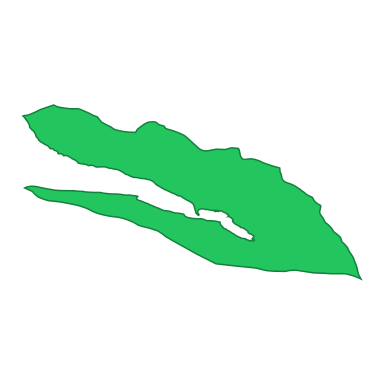 Tálknafjarðarhreppur, Vestfirðir, Iceland (Robinson projection)
{"feature_id": "244011B74336956547693", "entity_name": "Tálknafjarðarhreppur", "entity_type": "district", "adm_level": 2, "iso_a3": "ISL", "parent_name": "Iceland", "parent_adm1": "Vestfirðir", "projection": "robinson", "projection_center": [-23.889, 65.645], "detail": "fine", "context": "isolated", "style": "filled", "palette": "green", "viewbox_px": 384, "rotation_deg": 0, "n_neighbors": 0, "source": "geoboundaries", "source_scale": "gbopen_adm2", "svg_char_len": 5979}
<svg xmlns="http://www.w3.org/2000/svg" viewBox="0 0 384 384"><path d="M24.7,188.0L32.1,191.3L32.6,191.7L34.0,193.4L35.7,195.0L37.7,196.6L38.7,197.2L41.5,198.4L44.3,199.4L47.9,200.5L49.7,200.8L57.2,201.6L61.9,202.2L76.2,205.0L80.1,206.1L85.0,207.7L88.3,209.1L92.9,211.5L94.8,212.3L98.8,213.7L102.9,214.8L109.2,216.1L119.6,217.5L122.9,218.3L127.3,219.7L131.1,221.3L133.5,222.3L138.2,225.1L139.6,225.6L141.7,226.3L148.8,228.0L157.2,230.7L158.8,231.5L162.3,233.9L165.6,236.5L170.5,239.4L196.4,253.9L216.0,263.8L235.6,266.0L254.8,267.9L257.9,268.5L264.6,270.2L267.4,270.7L273.6,271.2L284.3,271.4L285.9,271.3L289.5,270.5L294.3,270.2L296.0,270.2L313.8,272.9L322.4,273.2L330.9,273.7L343.9,273.7L346.7,274.0L352.7,275.6L354.6,276.3L358.6,277.9L361.0,279.0L359.9,277.1L358.7,274.8L357.8,271.7L357.1,268.1L356.0,264.7L354.0,259.8L353.5,258.0L351.7,255.0L349.2,251.4L347.6,247.9L346.9,246.8L345.5,245.3L343.8,243.5L342.0,241.9L341.5,240.7L340.7,237.9L340.4,237.3L337.6,234.7L335.6,233.1L333.9,231.9L333.2,231.0L332.0,228.8L329.6,226.1L328.3,224.8L325.7,222.8L324.9,221.8L323.0,218.1L320.2,214.1L319.8,213.1L319.7,211.7L320.7,206.7L320.7,205.8L320.0,205.1L318.1,204.1L315.1,201.8L314.0,200.4L312.7,197.9L312.1,197.2L309.1,195.9L306.0,194.1L303.9,192.2L302.0,191.0L299.6,189.0L296.2,186.8L294.3,185.6L291.0,184.1L285.7,182.3L283.4,180.7L282.5,179.6L281.8,177.7L281.5,175.7L281.2,174.6L280.7,173.1L280.1,171.9L279.9,171.2L280.0,170.6L279.7,168.0L272.9,166.1L265.2,163.5L262.6,162.5L259.4,160.9L254.5,159.3L251.6,158.9L249.3,158.9L244.8,159.4L243.6,159.4L242.8,159.2L241.4,157.7L240.9,156.8L240.3,155.4L239.3,150.0L238.8,149.2L238.2,148.5L237.7,148.3L232.6,147.9L230.6,148.0L228.9,148.4L226.4,149.3L225.0,149.5L223.2,149.5L217.6,149.2L215.7,149.3L208.3,150.7L206.4,150.9L204.9,150.9L203.2,150.6L201.5,150.0L199.2,148.7L185.9,136.7L184.0,135.3L180.2,133.5L172.7,130.6L167.6,129.2L165.6,128.5L165.4,128.3L164.6,126.7L164.0,126.1L161.8,125.4L159.7,125.0L158.5,124.3L156.5,122.6L155.6,122.1L154.7,121.9L153.1,121.8L148.9,122.1L147.4,122.5L143.7,124.5L137.7,129.0L137.0,129.9L135.6,132.4L128.6,132.1L123.1,131.5L117.6,130.3L115.1,129.6L114.2,129.2L113.1,128.6L111.2,127.1L106.6,124.9L101.7,122.2L98.9,118.9L97.9,117.4L96.7,116.6L93.7,115.6L88.4,112.9L80.4,109.4L78.5,108.9L77.6,108.7L70.6,108.8L63.1,107.9L57.8,106.9L55.7,106.1L53.7,105.0L40.3,109.6L36.2,111.7L30.2,114.3L27.6,115.2L24.2,115.6L23.0,116.0L24.8,117.8L25.5,119.0L27.3,121.3L28.8,123.9L29.5,125.4L29.6,127.1L31.4,129.3L32.8,130.6L33.5,131.0L33.9,131.5L34.8,133.0L35.1,133.7L35.8,134.5L35.8,135.8L36.4,136.6L36.6,137.3L37.5,137.9L38.1,138.6L38.5,139.8L39.1,140.6L41.2,142.2L42.0,142.7L43.5,143.3L44.6,144.3L47.5,145.6L49.4,147.5L50.2,148.6L51.1,148.8L52.1,148.6L52.9,148.8L53.2,149.0L53.6,149.7L54.4,150.3L55.0,150.6L56.5,150.8L56.8,151.0L58.3,152.8L58.4,153.1L58.0,153.3L58.0,153.5L58.3,153.7L59.4,153.8L61.2,153.7L61.6,153.8L62.8,154.6L63.5,155.7L65.4,155.5L67.5,155.8L68.9,156.6L71.3,157.9L72.1,158.5L72.2,158.8L73.0,158.9L73.6,159.5L75.3,160.1L77.2,161.6L78.0,162.9L78.3,163.1L80.9,163.7L85.5,164.4L87.2,164.9L88.0,165.5L89.1,165.7L89.9,165.4L91.0,165.2L93.1,165.5L94.0,165.8L95.2,166.6L96.1,166.9L97.8,167.1L98.9,166.9L104.8,166.8L110.0,168.4L111.5,168.4L114.1,169.1L116.7,169.4L118.6,170.0L119.8,170.6L123.6,172.7L125.6,174.2L126.2,174.5L127.7,174.7L130.2,176.1L133.3,177.3L137.0,177.6L141.0,178.4L144.4,178.7L149.4,179.8L151.1,180.4L153.8,182.0L156.3,184.7L161.0,187.4L161.7,188.0L163.0,188.4L164.3,189.5L165.8,189.9L170.4,192.1L171.5,192.7L173.6,193.4L177.0,195.1L177.5,195.6L178.0,195.7L180.4,196.0L181.2,196.4L182.4,197.4L186.7,200.0L189.6,201.4L191.4,202.5L192.3,203.2L193.6,204.6L194.1,206.2L194.9,209.1L195.3,210.3L195.5,211.3L195.9,212.8L196.3,213.4L198.4,215.4L198.7,215.3L199.0,214.6L198.6,213.9L197.9,213.1L197.8,212.1L197.9,211.0L198.3,210.4L199.1,209.6L200.8,208.9L203.1,208.9L204.4,209.2L205.8,209.6L207.2,209.4L211.5,210.4L213.3,210.4L213.6,210.6L214.2,210.6L214.8,211.4L215.1,211.5L215.2,211.4L214.9,211.3L214.4,210.5L214.7,210.6L216.7,210.4L217.0,211.0L216.0,211.2L216.1,211.4L217.6,211.1L217.9,210.6L218.7,210.8L218.3,211.4L218.4,211.5L219.0,210.9L220.1,211.1L221.2,210.8L222.9,211.7L223.9,212.3L225.7,212.9L226.3,213.5L227.5,214.1L227.3,214.3L227.8,214.9L228.3,214.9L228.9,215.9L228.4,216.4L228.8,216.3L229.1,216.7L229.5,216.7L229.8,216.9L231.8,218.5L232.5,218.9L233.2,219.6L232.5,220.7L232.6,221.0L232.7,221.5L233.0,221.7L233.5,222.5L234.9,223.8L238.3,225.7L239.7,226.3L240.0,226.5L240.3,227.3L243.1,228.0L244.9,229.1L247.9,231.3L248.1,231.5L248.0,232.3L248.1,232.7L249.0,233.3L249.3,233.6L250.0,233.9L251.0,233.9L252.1,234.8L253.9,235.9L254.0,236.2L253.9,236.6L253.4,237.2L253.4,237.6L252.8,237.9L252.8,238.5L252.2,238.8L252.4,239.1L253.0,239.5L254.3,239.8L254.5,240.0L254.3,240.2L253.9,240.3L253.8,240.6L252.2,241.1L251.3,240.5L250.4,240.5L250.2,240.8L249.1,240.7L248.7,240.3L247.3,239.8L246.6,239.8L246.0,239.4L246.0,239.1L245.6,238.8L241.9,238.3L239.3,237.2L236.3,235.7L234.8,234.8L233.9,234.0L232.6,233.4L228.9,230.9L227.0,230.1L226.3,229.5L226.2,229.2L224.1,228.5L222.9,227.3L222.6,226.8L221.7,226.0L220.7,224.8L220.5,224.1L220.0,223.0L220.2,222.3L219.8,222.1L215.8,221.2L213.3,220.9L206.7,220.6L203.8,219.4L201.7,218.8L196.8,218.8L192.5,218.4L189.7,217.9L187.0,217.3L185.4,216.4L184.8,215.9L183.8,214.3L183.3,214.1L179.9,213.4L178.2,213.2L175.3,213.0L173.5,212.6L170.6,211.5L168.9,211.1L164.0,210.5L162.8,210.2L158.5,208.2L156.0,207.4L152.9,205.9L150.4,205.0L147.4,203.4L145.9,203.1L141.3,201.1L138.9,200.4L137.5,199.8L136.8,199.2L136.6,198.6L136.6,198.1L137.5,196.9L137.8,196.4L136.2,195.9L131.6,195.4L129.7,195.0L127.8,195.2L124.5,195.0L120.1,194.3L118.2,194.2L116.8,194.0L112.1,194.0L107.4,193.6L103.0,193.1L101.2,192.6L100.3,192.5L97.8,192.4L93.4,192.4L89.1,192.2L85.0,191.9L82.8,191.4L79.2,191.3L73.5,190.7L61.5,190.6L54.7,190.2L51.1,189.5L48.5,189.1L46.7,188.7L45.2,188.5L35.8,186.5L31.4,186.2L29.8,186.4L27.1,186.9L25.7,187.5L24.7,188.0Z" fill="#22c55e" stroke="#15803d" stroke-width="1.5"/></svg>